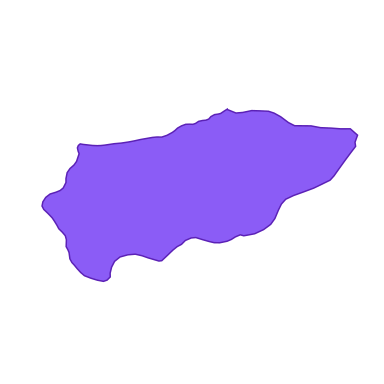 Dola, Ngounié, Gabon (Albers equal-area conic projection), rotated 292°
{"feature_id": "22940354B92204383956845", "entity_name": "Dola", "entity_type": "district", "adm_level": 2, "iso_a3": "GAB", "parent_name": "Gabon", "parent_adm1": "Ngounié", "projection": "albers", "projection_center": [11.352, -2.321], "detail": "fine", "context": "isolated", "style": "filled", "palette": "violet", "viewbox_px": 384, "rotation_deg": 292, "n_neighbors": 0, "source": "geoboundaries", "source_scale": "gbopen_adm2", "svg_char_len": 1773}
<svg xmlns="http://www.w3.org/2000/svg" viewBox="0 0 384 384"><g transform="rotate(292 192 192)"><path d="M202.7,93.4L201.0,90.2L199.5,86.9L197.9,82.4L196.5,77.4L195.3,73.1L194.7,70.3L192.6,69.2L190.0,69.2L187.1,71.2L185.2,73.0L177.1,73.5L172.9,72.5L168.1,70.1L163.2,69.0L157.3,70.1L153.6,71.6L147.5,71.1L144.0,69.2L140.8,65.9L137.0,61.2L132.2,58.4L127.0,57.4L122.8,58.2L120.3,61.1L118.3,66.2L115.7,72.0L113.4,75.4L110.6,79.2L108.0,82.3L106.2,86.7L104.0,90.9L100.7,93.4L94.2,95.8L92.0,98.5L89.8,100.7L86.8,102.4L84.3,103.8L81.6,107.1L80.2,110.1L77.8,114.5L75.7,118.9L74.1,123.6L74.2,130.7L74.8,137.4L76.0,143.4L78.5,146.3L82.6,148.0L86.1,146.5L92.2,145.6L98.7,146.2L104.8,149.6L109.7,156.0L113.1,162.7L114.2,169.6L114.5,176.0L115.6,187.2L117.0,189.7L124.4,193.1L130.7,195.9L135.8,198.7L139.6,201.9L144.6,204.0L149.1,208.5L151.2,212.6L151.8,219.8L152.5,226.3L153.3,231.5L155.3,236.7L159.5,243.0L162.8,246.3L166.6,249.0L170.4,252.8L170.8,256.4L173.0,259.9L176.8,265.8L184.0,272.5L191.5,277.1L198.5,278.8L207.5,278.9L214.3,279.4L220.4,281.6L226.8,287.5L233.5,295.0L241.2,303.4L249.6,311.0L254.7,315.6L260.1,317.6L267.8,319.4L279.6,322.3L288.0,324.5L295.6,326.6L299.2,324.5L306.7,324.2L309.9,315.1L306.3,306.3L303.4,297.2L299.8,287.1L297.9,277.6L291.9,262.3L292.5,255.4L295.0,246.0L295.9,238.5L295.5,232.6L292.5,224.1L289.8,216.8L284.8,209.3L281.7,203.2L281.7,194.0L282.1,193.7L279.2,191.6L275.5,189.1L274.0,187.0L272.2,183.9L269.0,181.3L265.9,180.2L263.8,178.0L262.2,174.9L260.0,171.7L256.9,169.6L255.1,167.5L254.0,164.4L252.4,160.8L249.4,157.5L245.9,154.7L242.5,153.1L239.8,151.4L235.2,147.6L231.6,143.4L229.8,138.8L227.8,134.9L224.8,130.1L221.3,124.5L217.8,119.4L214.7,114.6L210.8,108.0L207.7,101.9L202.7,93.4Z" fill="#8b5cf6" stroke="#5b21b6" stroke-width="1.5"/></g></svg>